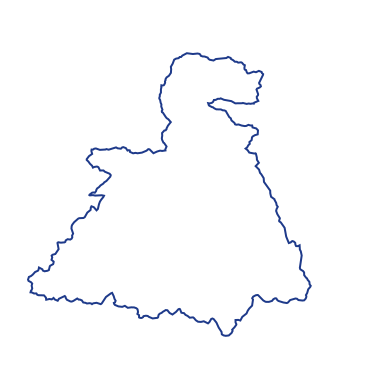 Ambo, Huánuco, Peru (Albers equal-area conic projection), rotated 104°
{"feature_id": "86281439B62958263432420", "entity_name": "Ambo", "entity_type": "district", "adm_level": 2, "iso_a3": "PER", "parent_name": "Peru", "parent_adm1": "Huánuco", "projection": "albers", "projection_center": [-76.249, -10.223], "detail": "fine", "context": "isolated", "style": "outline", "palette": "blue", "viewbox_px": 384, "rotation_deg": 104, "n_neighbors": 0, "source": "geoboundaries", "source_scale": "gbopen_adm2", "svg_char_len": 6019}
<svg xmlns="http://www.w3.org/2000/svg" viewBox="0 0 384 384"><g transform="rotate(104 192 192)"><path d="M270.0,57.0L268.2,56.0L266.9,55.7L265.5,55.8L264.5,56.5L262.1,55.8L258.3,55.7L255.5,54.3L254.3,54.1L253.2,55.5L250.8,56.4L250.4,56.9L249.2,58.6L248.0,59.5L247.6,60.5L245.6,63.0L242.9,63.8L241.9,65.0L240.8,68.2L240.4,68.5L239.5,69.0L227.1,70.2L223.2,72.1L221.8,73.4L217.7,74.7L218.9,76.1L219.3,77.9L218.1,78.9L216.3,79.6L215.5,81.1L215.3,82.5L215.6,83.1L217.1,84.1L218.1,85.7L212.5,89.8L204.3,93.5L200.0,98.5L199.5,100.0L199.0,100.5L196.2,100.4L192.9,103.8L190.0,105.8L188.0,105.8L185.6,105.2L184.3,106.7L182.2,107.7L179.8,109.9L179.1,110.2L177.5,114.1L174.4,115.7L171.7,116.5L164.8,124.6L161.2,125.8L158.0,129.1L157.0,130.6L154.0,132.4L151.5,136.5L147.5,134.2L145.0,136.8L142.7,137.5L139.3,139.3L139.1,139.8L139.6,140.8L139.9,146.0L138.0,148.1L136.9,150.5L135.4,149.3L133.1,148.7L131.3,147.6L129.7,148.4L127.2,146.7L124.5,147.0L123.5,146.6L121.7,144.8L120.2,142.2L116.2,142.9L114.8,145.0L114.7,148.9L112.9,149.7L113.3,151.4L113.2,153.5L114.8,155.4L115.3,156.8L115.5,160.0L115.2,163.1L116.0,165.3L115.9,166.6L114.7,167.5L113.0,171.0L111.1,172.2L110.3,174.0L105.2,178.9L105.0,180.4L105.3,181.9L104.9,183.9L105.9,188.4L105.4,190.7L104.7,192.2L104.8,193.0L104.1,196.1L103.7,196.7L101.9,197.8L101.8,196.3L100.6,194.2L99.3,193.3L97.4,193.0L96.9,191.3L95.3,189.5L94.8,187.5L94.2,186.8L94.8,183.3L94.3,175.8L95.5,171.5L93.7,164.7L93.3,164.2L93.3,160.3L92.4,158.3L92.3,156.7L91.3,154.3L91.3,153.4L90.3,153.3L87.6,149.7L85.4,151.7L83.9,152.2L82.1,151.4L81.1,151.5L77.0,154.2L76.0,153.9L74.3,151.7L72.9,150.7L71.7,151.3L71.0,152.6L70.0,153.3L61.1,151.4L60.4,151.5L59.8,152.8L58.7,153.5L58.3,156.4L60.3,158.9L60.3,161.3L63.0,165.2L63.4,166.8L62.6,167.8L60.6,169.1L60.6,170.1L60.0,170.8L58.8,171.2L56.2,171.4L55.9,172.8L54.5,174.7L54.3,175.8L55.3,178.5L54.8,180.0L55.2,182.0L54.2,183.8L53.5,186.3L52.6,186.9L52.2,189.7L53.7,191.1L57.2,201.0L59.2,202.9L59.4,206.8L58.9,208.1L57.8,209.3L57.5,212.6L57.9,214.4L57.7,216.4L56.6,217.3L56.2,218.2L56.3,220.1L57.9,224.5L58.6,230.6L62.0,234.4L63.6,235.2L64.0,236.6L65.4,237.4L66.4,239.7L67.9,241.3L72.2,241.8L75.6,242.8L78.0,241.9L81.5,241.3L84.8,242.5L87.0,244.4L89.0,245.0L89.7,244.7L91.2,245.0L92.5,244.5L94.6,244.9L95.3,245.3L96.0,246.8L95.9,247.5L97.5,247.3L97.9,247.0L99.8,247.0L103.1,246.2L105.6,246.8L106.6,246.4L108.4,246.5L109.3,246.3L110.4,245.2L113.0,244.0L114.4,242.9L116.5,242.5L119.3,240.6L120.8,240.9L121.8,240.4L122.0,239.5L125.5,235.7L126.5,234.4L127.1,232.6L129.3,229.5L133.5,231.4L136.6,232.1L137.1,231.9L138.5,232.5L139.0,233.7L142.0,235.3L144.6,234.5L147.1,234.3L148.5,233.7L151.0,231.7L151.2,230.9L154.0,227.7L157.2,228.2L158.1,227.8L159.4,230.9L159.6,233.0L161.2,235.7L163.7,238.8L160.9,243.5L161.0,244.8L162.9,246.1L165.9,250.1L167.6,254.2L167.7,256.3L168.7,258.5L168.1,261.9L166.7,262.4L166.7,263.5L167.4,264.6L165.4,266.8L165.1,269.5L165.6,270.5L167.2,271.5L167.6,274.7L167.1,276.5L171.1,283.1L171.1,285.5L171.7,286.2L173.4,291.6L173.0,295.8L173.7,297.4L174.8,298.3L175.1,299.7L176.5,299.6L179.2,298.1L182.1,300.6L185.6,302.1L186.4,301.9L187.5,299.9L189.3,297.8L190.7,295.3L192.3,294.0L191.3,292.8L190.3,290.4L190.4,289.5L190.6,288.8L193.4,286.4L192.5,283.1L193.4,281.5L194.2,276.4L195.3,274.9L196.9,275.0L202.0,277.7L203.9,279.5L205.3,280.1L207.8,282.4L209.6,283.3L211.5,284.9L212.8,285.3L214.3,285.3L216.2,286.1L216.3,287.6L216.8,288.7L219.4,290.8L219.9,290.8L220.0,290.3L219.0,287.4L218.9,285.1L217.0,278.8L216.9,276.5L218.3,276.8L221.3,278.2L223.6,279.0L226.4,279.3L231.2,279.2L232.9,280.2L230.5,283.6L230.2,286.1L231.5,286.4L234.0,286.1L237.3,288.6L242.4,290.0L243.5,291.1L244.7,295.1L245.4,296.0L249.9,299.1L252.8,300.3L254.2,300.5L256.7,300.1L261.1,297.3L263.3,297.8L264.9,297.2L266.4,297.5L267.6,298.6L267.9,301.3L269.5,302.8L271.1,302.9L271.7,303.5L272.9,307.0L273.1,309.5L273.6,310.1L274.0,310.2L279.7,307.6L285.2,309.6L286.7,312.2L287.8,312.8L289.2,311.8L291.8,311.9L293.0,309.4L294.2,309.2L295.6,309.3L297.8,311.7L298.5,312.0L302.4,312.0L303.4,313.2L304.6,315.9L304.3,317.7L303.2,318.5L302.3,322.2L304.5,322.1L305.6,322.4L307.6,324.9L310.8,326.6L312.6,328.0L313.9,329.7L316.7,329.9L317.8,329.1L318.5,326.3L319.5,324.9L321.7,324.9L324.2,323.7L325.8,323.9L327.0,324.4L328.4,324.4L328.2,323.0L328.7,320.8L328.1,318.4L329.1,317.4L329.3,316.1L328.1,310.6L329.8,308.2L331.8,307.4L330.3,304.5L330.1,302.1L328.3,300.7L329.5,299.1L330.0,296.0L327.8,295.3L323.7,290.3L324.4,289.3L325.3,288.9L326.8,287.4L327.6,283.5L327.4,282.2L326.5,280.9L323.1,277.6L323.8,275.9L323.5,274.8L323.8,272.7L325.5,270.8L325.3,268.5L325.6,267.0L324.6,264.3L324.6,262.7L325.0,261.9L323.9,260.9L322.6,257.8L322.9,253.4L321.9,252.6L314.7,250.1L310.0,246.2L309.2,245.1L312.1,242.7L314.5,241.3L316.0,239.8L317.7,240.0L318.5,241.0L319.3,240.6L320.2,239.5L320.8,235.7L320.3,231.9L318.7,229.6L319.9,226.3L318.6,223.0L318.0,220.2L318.2,218.0L318.8,216.7L319.5,216.2L321.6,215.3L323.5,215.5L324.3,213.6L326.5,213.0L326.7,211.9L326.5,210.7L326.0,209.9L325.2,209.2L324.2,209.0L323.2,206.8L323.0,205.0L323.6,203.6L324.2,199.6L322.4,195.0L321.6,194.6L319.5,194.7L318.0,194.0L316.5,192.1L315.5,191.5L312.9,188.9L312.7,187.2L314.8,184.5L315.6,181.3L312.2,178.5L309.0,176.8L308.5,176.0L308.6,175.3L311.7,173.1L311.5,170.4L312.8,168.6L313.3,166.3L314.5,163.8L313.4,160.7L313.8,159.6L315.5,157.3L316.4,154.8L315.9,151.9L314.6,149.3L315.6,144.7L314.1,143.7L310.5,142.6L309.8,141.5L310.1,140.2L312.8,136.7L317.1,133.3L320.6,129.5L322.9,128.6L323.5,126.7L323.4,124.5L322.3,121.6L319.2,119.5L316.9,119.0L315.9,119.7L312.9,118.0L310.1,116.9L309.5,117.0L308.0,118.2L305.7,118.8L304.9,116.2L305.0,114.0L301.0,113.0L296.7,109.7L293.7,109.2L291.3,108.3L287.7,106.2L281.6,106.8L280.5,107.9L278.7,107.3L276.8,105.2L276.1,103.6L276.1,102.9L280.0,96.6L280.7,94.2L280.6,93.1L280.0,90.8L278.3,88.0L276.3,87.1L275.0,85.6L274.9,84.4L276.3,83.0L276.8,81.7L277.1,76.7L276.8,73.1L276.1,72.2L273.1,70.6L270.3,65.8L270.2,64.3L271.1,62.6L270.6,58.6L270.0,57.0Z" fill="none" stroke="#1e3a8a" stroke-width="2"/></g></svg>